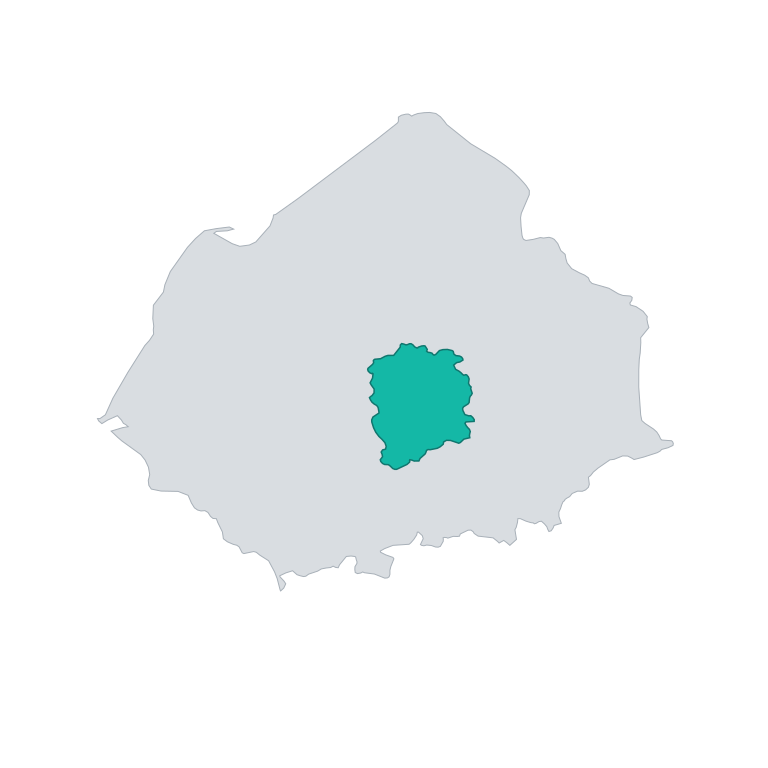 Łódź highlighted on a map of Poland, rotated 320°
{"feature_id": "POL-3147", "entity_name": "Łódź", "entity_type": "Voivodeship", "adm_level": 1, "iso_a3": "POL", "parent_name": "Poland", "parent_adm1": "", "projection": "mercator", "projection_center": [19.498, 51.569], "detail": "fine", "context": "in_parent", "style": "filled", "palette": "teal", "viewbox_px": 768, "rotation_deg": 320, "n_neighbors": 0, "source": "natural_earth", "source_scale": "10m", "svg_char_len": 5717}
<svg xmlns="http://www.w3.org/2000/svg" viewBox="0 0 768 768"><g transform="rotate(320 384 384)"><path d="M605.1,424.3L607.7,429.7L608.8,434.0L607.7,437.4L608.0,440.7L617.8,455.2L621.5,465.6L623.9,469.7L629.3,475.0L629.8,477.2L627.6,479.2L624.4,480.0L623.5,481.8L626.8,486.7L629.2,494.9L629.0,501.6L627.1,503.3L624.8,507.3L623.2,511.0L610.4,513.5L607.3,517.4L600.2,524.9L595.4,529.2L588.3,536.9L577.1,550.2L560.8,572.6L558.0,577.7L558.6,581.9L561.5,591.7L562.1,596.1L561.6,600.2L560.6,603.9L560.8,605.5L567.8,612.3L568.0,613.7L567.4,615.5L565.9,616.8L560.6,615.4L554.6,612.6L552.6,612.9L549.3,612.3L536.0,606.9L527.0,602.6L526.1,599.9L524.4,595.9L520.6,592.5L511.8,589.6L508.3,587.3L494.0,586.0L487.8,586.0L483.5,586.9L480.7,586.8L476.8,592.8L474.2,594.5L470.3,594.7L466.9,593.6L463.4,590.5L457.8,588.8L453.8,589.6L450.9,589.0L448.3,588.8L447.4,589.4L445.4,589.3L442.4,590.8L439.1,592.9L435.6,594.5L432.8,598.0L430.3,604.7L423.4,601.7L421.0,603.0L417.7,603.9L415.5,603.0L416.0,600.7L417.0,598.0L417.0,594.4L416.4,590.3L414.2,589.0L410.9,588.5L409.3,587.7L409.1,586.4L407.4,584.6L404.6,580.3L401.9,574.8L400.0,573.2L397.3,575.8L393.1,578.8L390.6,579.8L385.6,588.2L376.7,588.5L376.1,584.6L375.2,580.8L370.0,579.8L369.8,577.6L368.7,572.0L358.3,561.0L357.0,556.4L357.4,554.7L356.7,551.8L354.4,550.0L346.1,547.9L344.0,549.1L342.1,547.9L339.1,545.2L333.8,543.1L333.3,542.0L331.4,540.1L330.4,539.8L329.7,541.0L328.2,542.6L322.8,544.6L320.6,543.8L318.7,542.0L316.5,538.2L313.2,534.8L310.6,533.6L309.1,531.8L308.7,530.4L314.6,527.7L315.9,524.8L315.2,519.6L314.3,518.9L311.9,520.7L307.0,522.2L302.5,522.9L300.2,522.9L287.2,513.4L278.7,510.5L273.8,509.6L273.2,510.6L275.5,516.0L279.4,522.6L279.2,524.3L271.9,528.2L268.8,530.5L266.2,533.6L263.9,535.0L261.9,534.7L259.8,533.2L254.5,523.4L247.7,516.0L246.9,514.3L244.8,513.9L241.8,512.2L240.8,509.9L242.3,507.5L244.3,505.3L248.0,504.0L249.1,502.7L249.8,500.8L251.1,498.3L250.8,497.4L248.2,494.6L244.3,491.9L233.7,493.9L230.8,495.3L229.1,493.5L227.9,490.8L225.2,490.3L221.5,487.8L217.2,485.4L212.9,484.7L204.0,481.2L200.6,481.0L198.6,479.8L196.6,477.1L194.8,474.2L193.9,468.3L187.4,465.6L180.9,463.9L180.4,464.8L180.7,470.8L180.3,473.9L176.0,475.9L171.8,476.1L172.0,475.1L177.1,464.4L179.4,457.6L182.0,445.2L178.9,435.4L178.0,430.8L176.5,428.6L167.6,423.8L166.9,422.1L168.3,415.6L167.6,412.9L165.5,410.0L162.6,404.2L161.5,399.3L165.1,393.5L167.6,383.4L169.0,379.4L166.6,377.1L166.0,373.9L166.6,369.3L165.4,365.9L162.2,363.6L160.2,360.7L159.2,357.0L160.0,351.3L162.4,343.4L157.2,333.9L144.4,322.7L138.2,314.9L138.7,310.5L141.4,306.4L146.3,302.8L150.1,296.3L152.1,288.7L152.3,281.7L146.6,259.1L145.7,253.5L144.7,244.7L155.9,249.5L160.6,252.3L160.1,249.2L159.1,246.6L159.7,242.8L159.4,236.9L149.2,234.0L142.4,233.0L141.7,228.9L142.3,226.3L144.2,227.9L150.8,228.5L167.2,220.6L195.4,210.4L225.5,200.8L232.5,199.8L239.6,197.7L242.2,194.1L244.8,191.7L248.9,185.3L258.0,175.4L274.1,171.8L280.0,167.1L292.6,160.5L321.2,153.0L333.2,151.4L344.9,151.2L355.3,157.1L366.4,164.3L368.4,168.7L362.4,165.9L353.7,159.4L350.5,159.2L357.9,178.9L362.0,185.8L370.2,191.0L377.1,192.8L398.3,189.6L405.8,185.5L408.0,183.5L410.0,184.5L437.7,186.7L534.3,191.9L562.1,192.7L563.8,192.1L566.6,188.8L570.1,189.3L574.1,191.3L576.1,192.8L576.9,194.6L577.4,196.6L579.6,197.0L583.7,198.5L589.2,202.0L593.5,205.3L597.6,210.1L599.0,215.5L599.1,221.7L598.8,225.6L604.8,255.6L614.2,282.7L617.6,295.8L619.0,302.7L620.1,312.8L620.4,319.8L620.4,323.7L619.7,329.2L616.9,332.4L598.9,341.5L595.5,344.4L590.2,351.5L585.3,358.8L584.2,361.3L583.9,362.9L585.0,365.3L591.4,369.2L597.9,372.3L600.0,374.7L604.7,377.7L606.5,380.3L607.4,382.7L607.4,388.1L605.2,395.5L606.1,401.1L603.9,404.9L602.1,409.0L601.9,416.3L605.1,424.3Z" fill="#d9dde1" stroke="#a8b0b8" stroke-width="1"/><path d="M392.8,359.1L397.6,362.4L402.7,363.5L405.3,364.6L409.8,368.3L420.1,366.2L421.6,364.6L423.5,364.4L424.8,366.1L426.0,368.2L427.5,369.0L429.3,369.5L430.6,370.5L431.3,372.5L431.4,375.4L432.4,377.6L433.1,378.0L433.9,377.8L437.3,379.1L439.2,380.4L439.9,381.3L439.4,385.3L437.7,386.3L438.1,388.0L439.5,389.5L440.6,391.3L440.5,392.8L440.9,394.1L442.7,394.6L447.9,394.0L451.2,395.5L454.8,398.3L457.7,402.2L458.0,403.5L457.6,404.4L457.1,405.2L456.8,406.2L457.3,408.4L459.9,411.2L460.7,413.2L460.6,415.1L459.9,416.4L456.3,415.9L453.4,414.3L449.5,414.3L448.3,418.8L449.7,422.3L450.2,424.8L450.4,427.3L450.8,428.6L452.6,429.4L453.2,430.2L453.2,432.7L452.4,434.9L449.2,437.8L448.6,440.0L448.8,442.3L447.4,443.3L445.6,447.8L443.9,448.6L442.3,448.8L440.7,449.6L437.3,452.9L435.7,453.3L430.3,452.6L428.7,453.1L427.5,454.7L426.3,459.4L428.5,462.9L430.1,464.1L430.5,466.7L430.2,469.3L429.0,470.6L422.5,465.8L420.8,466.1L420.2,468.6L420.1,471.1L420.3,473.6L419.5,475.9L417.8,477.1L416.3,478.4L415.2,480.3L409.8,477.6L404.9,477.9L403.2,477.4L398.7,470.0L395.7,467.3L392.4,466.7L390.7,468.2L386.7,468.2L383.5,467.5L377.1,464.0L375.6,462.5L373.9,462.2L372.3,463.2L370.7,464.0L363.7,464.2L361.3,465.4L357.6,462.4L356.4,460.2L355.1,458.6L354.5,458.9L354.1,459.7L353.4,460.3L349.9,460.4L338.9,457.5L337.5,456.4L336.4,454.4L336.0,450.7L335.5,448.6L332.7,446.0L331.8,443.9L331.7,441.3L332.5,439.6L336.1,438.8L337.3,436.8L338.1,434.3L340.6,433.6L343.3,434.9L345.6,433.2L347.0,429.5L346.9,425.2L346.4,420.9L346.7,415.6L347.9,410.8L350.2,405.3L351.5,403.6L354.3,402.2L361.4,403.0L362.0,402.4L364.4,398.2L364.6,395.7L363.6,393.1L363.1,390.3L363.4,387.6L364.1,385.1L365.7,385.0L367.4,385.2L370.7,384.4L373.2,381.5L373.6,376.5L374.1,374.2L379.0,372.1L382.1,369.2L382.0,368.4L381.2,368.2L380.3,366.2L380.2,363.6L380.7,362.9L381.0,362.2L381.9,361.7L388.0,361.6L389.8,361.0L390.3,360.1L390.9,359.2L391.8,359.0L392.8,359.1Z" fill="#14b8a6" stroke="#0f766e" stroke-width="1.5"/></g></svg>